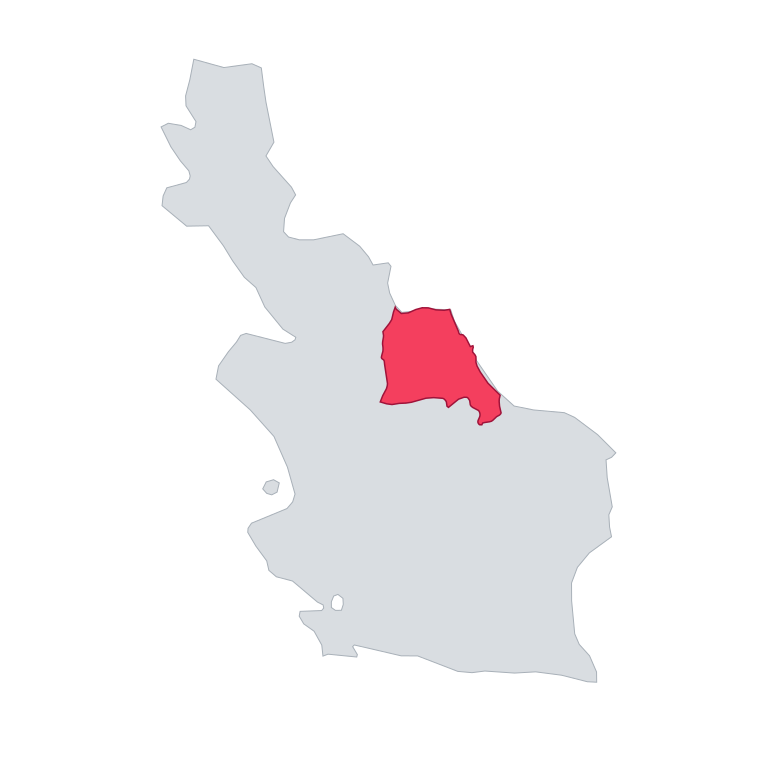 Ararat highlighted on a map of Armenia, rotated 194°
{"feature_id": "ARM-1671", "entity_name": "Ararat", "entity_type": "Province", "adm_level": 1, "iso_a3": "ARM", "parent_name": "Armenia", "parent_adm1": "", "projection": "albers", "projection_center": [44.713, 39.934], "detail": "fine", "context": "in_parent", "style": "filled", "palette": "rose", "viewbox_px": 768, "rotation_deg": 194, "n_neighbors": 0, "source": "natural_earth", "source_scale": "10m", "svg_char_len": 3307}
<svg xmlns="http://www.w3.org/2000/svg" viewBox="0 0 768 768"><g transform="rotate(194 384 384)"><path d="M337.2,472.1L331.0,462.2L300.3,429.5L271.9,404.5L252.4,394.1L232.7,395.0L202.1,399.8L190.9,397.7L164.4,386.5L142.4,373.3L145.4,368.0L150.2,364.1L144.8,347.2L132.8,320.0L134.2,311.5L130.5,299.7L126.3,290.8L143.9,269.8L152.0,252.9L153.9,236.3L149.5,219.0L138.5,187.7L131.6,178.6L118.8,170.0L108.1,156.0L105.5,146.1L114.7,144.3L141.3,144.4L167.2,141.4L187.4,135.1L216.7,129.9L228.8,125.2L242.9,123.0L285.6,128.3L301.6,124.4L349.7,123.6L350.9,121.6L344.4,115.0L344.4,112.5L373.0,108.3L377.4,105.2L381.2,115.6L392.0,127.2L403.8,131.8L410.1,138.2L410.4,143.1L389.7,149.1L388.3,152.0L389.6,154.9L395.8,156.3L425.1,170.7L441.8,170.9L450.6,175.3L455.0,184.0L469.1,195.7L480.3,207.1L481.0,211.1L478.9,216.9L448.0,239.7L444.1,247.5L443.7,255.7L457.6,280.0L478.1,306.5L507.5,326.5L548.2,348.0L548.9,361.6L542.7,377.9L537.3,389.0L534.9,396.5L530.0,399.7L489.7,399.5L483.7,402.2L481.0,405.4L480.9,408.0L495.4,412.8L518.3,429.9L531.6,446.6L545.3,453.7L560.7,466.9L573.2,479.2L592.5,495.1L613.7,489.4L642.5,503.3L643.8,513.0L642.2,521.8L624.5,531.7L622.3,535.7L622.4,539.0L624.9,543.6L635.5,551.2L648.1,562.5L662.5,579.5L656.4,584.8L643.3,585.8L633.1,583.9L629.6,587.4L629.9,593.1L643.4,606.0L646.2,615.5L646.0,632.1L647.1,653.1L616.0,652.3L589.6,662.8L579.5,661.0L572.6,643.3L566.7,628.9L549.3,592.0L553.7,576.7L544.2,568.1L521.4,552.6L515.5,546.1L518.6,537.1L520.6,520.7L518.3,507.5L512.2,503.5L501.0,503.4L487.3,506.8L460.0,519.9L440.9,511.8L429.8,503.7L423.4,496.8L409.2,502.6L405.7,499.9L404.9,482.8L400.5,473.6L391.9,462.9L384.0,457.8L354.8,468.5L337.2,472.1ZM381.5,166.1L382.4,159.9L381.0,154.4L376.4,152.6L370.6,154.1L370.2,160.3L372.0,166.1L377.8,168.7L381.5,166.1ZM474.6,260.5L468.0,264.4L461.7,262.7L461.6,253.2L466.1,249.3L471.3,249.5L476.3,252.9L474.6,260.5Z" fill="#d9dde1" stroke="#a8b0b8" stroke-width="1"/><path d="M391.7,461.3L390.3,459.6L384.3,456.6L377.6,458.9L371.1,464.0L370.0,464.6L365.4,467.2L359.4,468.6L351.6,468.5L343.3,470.1L338.3,472.3L335.5,467.6L324.6,453.2L323.6,451.4L322.8,450.7L321.9,450.5L319.9,450.8L319.0,450.7L315.7,448.6L309.3,441.2L307.0,442.6L306.3,441.3L306.3,438.7L305.7,436.4L303.0,434.5L301.5,432.9L300.9,430.9L300.1,427.4L298.1,424.0L293.5,418.9L283.3,409.9L268.6,401.2L268.5,397.2L268.0,394.8L266.5,390.4L263.4,384.3L263.6,383.2L264.4,381.8L266.8,379.6L269.5,375.3L270.7,373.9L272.4,372.9L277.2,370.9L278.8,370.0L279.2,368.1L281.3,367.6L282.1,367.9L283.3,369.0L283.7,369.8L283.9,370.9L283.8,371.9L283.3,374.7L283.2,376.1L283.3,376.9L283.5,377.8L283.9,378.8L284.5,379.8L285.1,380.5L285.6,380.9L286.0,381.2L292.2,382.7L294.0,383.5L295.2,384.6L296.7,388.3L297.1,388.9L297.7,389.5L299.4,390.9L300.1,391.1L301.1,391.0L303.2,390.5L308.0,387.3L315.8,376.9L317.5,377.7L319.2,381.8L320.4,383.0L322.5,384.2L323.7,384.3L332.5,382.8L339.8,380.4L353.0,372.9L358.1,370.8L364.5,368.9L371.3,366.0L376.7,365.4L383.3,365.7L382.4,372.4L380.5,380.0L380.4,382.9L380.7,385.2L388.3,403.5L389.0,405.5L389.4,406.4L389.8,406.9L390.2,407.3L392.2,408.1L392.9,408.9L393.1,410.4L393.0,415.6L393.4,417.7L394.0,419.7L395.1,422.4L395.5,424.4L395.9,429.4L396.2,431.0L397.7,434.5L393.5,444.0L392.3,447.7L392.1,448.5L392.2,456.2L391.7,461.3Z" fill="#f43f5e" stroke="#9f1239" stroke-width="1.5"/></g></svg>